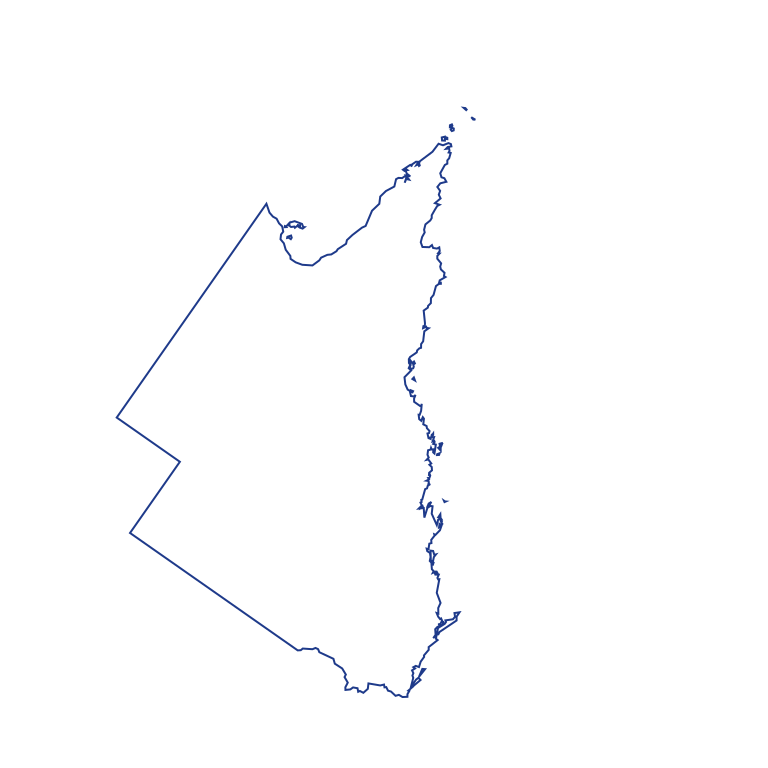 Queensland, Mercator projection, rotated 35°
{"feature_id": "AUS-2657", "entity_name": "Queensland", "entity_type": "State", "adm_level": 1, "iso_a3": "AUS", "parent_name": "Australia", "parent_adm1": "", "projection": "mercator", "projection_center": [147.106, -19.205], "detail": "fine", "context": "isolated", "style": "outline", "palette": "blue", "viewbox_px": 768, "rotation_deg": 35, "n_neighbors": 0, "source": "natural_earth", "source_scale": "10m", "svg_char_len": 6191}
<svg xmlns="http://www.w3.org/2000/svg" viewBox="0 0 768 768"><g transform="rotate(35 384 384)"><path d="M184.3,303.8L191.9,309.3L197.0,310.6L201.2,310.2L205.9,312.6L210.2,313.3L214.1,317.0L213.9,320.6L216.2,324.8L221.3,326.2L226.5,330.4L233.8,332.8L235.7,335.1L241.9,335.0L248.7,333.2L257.4,327.9L260.1,319.8L260.0,316.6L263.5,310.7L266.5,308.1L268.9,302.5L268.8,300.1L272.5,290.9L271.1,287.4L272.7,279.9L276.3,268.5L278.3,265.1L274.8,248.9L276.8,239.1L273.4,232.6L274.9,224.8L279.2,216.3L276.4,209.3L277.6,206.9L280.8,204.9L282.2,200.9L284.0,202.3L285.5,207.3L284.6,203.3L287.3,202.2L282.5,200.6L286.4,198.8L281.9,198.6L279.2,196.6L280.5,195.3L278.3,195.2L278.3,197.3L279.4,197.7L276.6,197.6L279.8,189.5L282.2,189.6L280.7,188.9L282.7,183.6L284.8,182.2L285.0,186.2L286.1,184.4L287.6,185.3L287.9,184.5L285.9,182.8L285.7,180.7L290.5,166.0L290.9,155.9L295.4,154.6L298.6,149.7L301.2,149.1L302.9,150.7L300.3,153.3L299.9,155.8L302.2,153.7L304.0,155.5L304.2,157.3L306.1,156.5L307.9,161.7L307.6,164.5L309.5,167.2L308.2,169.7L309.2,179.1L312.5,181.7L315.4,180.8L319.1,182.6L315.0,187.3L314.7,192.0L319.2,193.6L320.3,197.5L323.9,199.5L322.0,206.6L326.7,205.3L325.5,207.6L325.7,211.7L326.3,218.4L327.9,220.7L328.1,223.5L326.4,229.5L328.4,234.7L330.4,236.5L330.9,241.7L332.8,246.8L336.9,249.7L342.6,246.0L343.6,242.7L346.2,244.4L349.7,242.7L350.9,240.4L353.4,243.1L353.3,245.8L354.7,245.1L354.2,248.5L355.8,250.8L361.6,252.4L362.7,255.6L364.9,257.5L369.8,258.2L371.2,261.2L373.0,261.1L370.2,267.1L371.0,269.3L372.4,268.4L373.1,269.3L371.5,270.6L370.4,274.0L373.5,282.6L373.2,286.7L376.0,290.9L375.3,294.7L376.1,296.3L374.4,301.1L382.7,310.7L384.1,313.0L383.1,314.0L384.0,315.8L385.7,312.9L386.7,313.6L388.6,312.7L386.8,317.7L391.6,326.6L391.5,330.0L393.6,333.1L392.5,334.5L391.9,337.5L392.7,339.3L389.9,346.8L390.1,349.4L392.4,352.5L394.5,353.3L395.2,356.9L398.5,357.3L396.9,366.7L401.7,372.1L406.6,375.0L409.0,374.8L413.0,378.4L415.7,377.0L416.1,374.9L417.0,378.7L418.9,381.3L426.3,381.3L427.0,380.4L426.3,378.6L429.8,384.7L430.9,388.8L430.0,389.3L433.0,392.6L435.6,392.8L434.8,388.9L436.6,389.5L439.3,394.5L443.0,394.0L444.5,395.6L448.3,396.4L449.0,398.3L448.0,399.6L451.5,402.8L453.1,402.4L452.0,401.8L453.4,400.9L452.6,399.0L454.6,399.6L455.5,398.8L456.8,403.2L457.8,401.8L458.7,402.4L458.7,404.8L461.2,403.9L465.2,412.0L463.5,411.8L461.9,409.2L460.6,410.3L459.2,409.4L459.8,411.0L458.1,413.0L460.2,417.0L462.8,418.6L462.4,421.7L463.6,420.4L468.3,422.0L467.5,424.1L470.7,424.6L472.8,427.2L471.9,430.8L472.9,432.5L473.4,431.8L474.4,432.5L475.1,435.1L474.2,435.7L475.6,436.4L474.3,438.8L475.8,438.0L477.0,438.6L477.9,440.8L479.3,439.5L478.2,442.3L479.1,444.8L478.0,446.5L481.6,456.7L481.0,457.5L482.5,459.1L481.9,460.2L484.7,461.9L483.9,466.1L487.7,462.8L493.7,470.3L490.6,460.6L492.0,457.2L493.9,456.3L497.5,462.9L508.2,469.3L506.2,464.2L507.1,461.3L508.9,461.9L508.5,463.2L509.6,464.0L509.9,462.3L510.6,464.6L511.9,465.1L511.1,466.8L509.8,466.8L511.3,469.8L512.4,467.1L513.7,471.7L512.7,478.1L511.4,478.3L512.4,479.2L512.1,484.6L514.1,487.1L512.7,488.8L515.2,493.8L513.4,494.4L515.3,496.1L518.5,496.0L521.4,499.0L523.0,502.7L525.3,503.2L529.5,508.3L532.0,508.8L532.3,510.7L533.1,509.4L536.0,510.9L534.0,508.0L534.7,507.5L537.0,508.6L536.7,509.8L538.2,508.8L539.0,512.2L540.5,513.0L541.3,512.2L547.0,524.8L555.9,530.9L556.9,536.4L560.2,540.9L558.5,541.4L561.8,543.5L564.8,544.4L565.2,543.3L567.3,544.5L567.8,548.2L566.2,549.9L568.6,548.8L568.7,550.5L567.1,552.3L566.6,555.5L570.1,559.8L570.1,563.9L571.1,559.6L572.7,562.9L574.8,563.0L571.5,573.9L573.1,576.1L572.4,583.4L573.4,584.5L573.3,590.4L575.0,595.8L571.7,596.7L570.5,599.1L572.6,599.2L571.2,602.5L573.9,604.0L574.5,606.5L576.5,607.9L579.9,616.9L581.0,616.4L579.8,621.2L580.8,621.0L581.1,624.6L582.6,626.8L578.7,629.8L574.5,630.1L572.3,632.8L566.1,631.9L563.2,632.9L559.7,631.0L558.4,632.2L556.4,630.2L553.8,633.1L543.0,638.2L545.6,643.0L544.2,648.8L540.3,649.3L539.4,650.9L536.8,648.4L532.7,650.3L531.6,653.5L527.9,656.7L526.3,654.6L525.6,649.4L519.8,646.7L519.4,643.9L512.9,641.0L504.1,641.3L500.2,638.1L484.9,640.8L482.1,639.0L479.3,639.5L477.5,642.3L469.2,647.3L468.5,649.8L466.1,651.7L261.4,651.7L261.4,564.8L184.3,564.8L184.3,303.8ZM579.1,536.1L571.7,555.3L572.1,557.9L571.0,559.0L568.2,552.9L571.3,545.7L571.3,543.4L569.9,542.4L575.4,537.2L575.7,533.9L573.1,531.2L576.8,527.7L576.9,532.9L579.1,536.1ZM228.9,301.1L228.2,303.4L225.7,304.1L224.2,302.2L222.5,303.1L223.5,304.2L222.2,304.2L221.4,307.1L220.2,306.5L217.8,308.7L215.8,308.6L214.6,307.0L214.7,308.9L213.7,309.5L214.2,305.8L217.4,301.9L225.0,299.9L227.8,301.7L228.9,301.1ZM524.1,497.1L525.8,501.1L523.7,501.9L517.7,493.8L520.0,492.6L523.2,495.1L524.3,493.8L524.1,497.1ZM398.5,352.8L398.9,354.4L397.8,356.0L395.5,355.6L394.9,353.2L392.3,349.6L395.4,350.5L395.7,348.4L397.5,349.4L396.9,351.3L398.5,352.8ZM580.7,604.9L583.7,605.5L581.3,614.4L579.9,614.5L579.8,607.8L580.7,604.9ZM580.6,603.8L578.8,595.4L581.2,594.0L580.6,603.8ZM292.0,146.5L294.3,149.7L291.9,151.2L289.9,148.9L292.0,146.5ZM224.5,317.1L224.6,318.8L221.9,318.8L220.9,319.9L220.4,318.8L222.7,315.7L224.5,317.1ZM294.6,134.7L295.6,136.3L294.5,137.9L292.7,137.4L292.6,135.1L294.6,134.7ZM468.6,406.0L465.0,405.2L466.4,401.5L466.9,403.6L468.6,406.0ZM291.9,133.2L291.9,134.8L290.7,135.9L289.6,134.2L290.7,132.4L291.9,133.2ZM302.5,115.4L307.2,115.1L305.4,116.2L302.5,115.4ZM490.4,453.5L490.7,456.8L489.7,458.6L489.2,456.3L490.4,453.5ZM504.8,458.3L506.8,460.8L504.9,461.9L504.8,458.3ZM465.9,398.5L464.9,402.2L463.8,401.1L465.9,398.5ZM292.4,111.3L294.3,111.8L294.2,112.5L290.9,112.1L292.4,111.3ZM404.7,361.5L407.4,363.4L404.4,363.6L404.7,361.5ZM411.9,373.2L412.1,374.5L410.9,374.8L409.8,373.7L411.9,373.2ZM293.8,146.2L294.6,146.0L295.4,147.1L294.1,147.8L293.8,146.2ZM526.8,501.1L528.0,504.8L526.6,502.6L526.8,501.1ZM485.5,461.8L486.5,462.5L485.4,464.6L485.1,463.0L485.5,461.8ZM469.3,408.8L469.8,410.5L468.2,411.8L467.8,411.0L469.3,408.8ZM452.7,396.4L453.5,397.5L453.2,398.6L452.7,398.5L452.7,396.4ZM500.0,445.2L501.3,445.2L502.0,444.8L501.3,446.0L500.0,445.2ZM212.3,311.4L213.4,311.1L214.1,311.4L212.8,312.4L212.3,311.4ZM568.4,544.3L569.7,545.7L569.4,546.0L568.4,544.3Z" fill="none" stroke="#1e3a8a" stroke-width="2"/></g></svg>